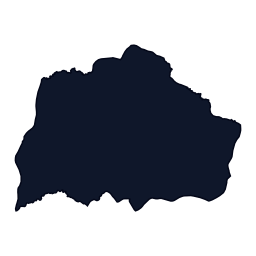 Khongxedone, Saravan, Laos
{"feature_id": "54806243B74103700383879", "entity_name": "Khongxedone", "entity_type": "district", "adm_level": 2, "iso_a3": "LAO", "parent_name": "Laos", "parent_adm1": "Saravan", "projection": "albers", "projection_center": [105.743, 15.558], "detail": "fine", "context": "isolated", "style": "filled", "palette": "ink", "viewbox_px": 256, "rotation_deg": 0, "n_neighbors": 0, "source": "geoboundaries", "source_scale": "gbopen_adm2", "svg_char_len": 5559}
<svg xmlns="http://www.w3.org/2000/svg" viewBox="0 0 256 256"><path d="M164.8,61.1L163.8,58.2L159.8,56.4L156.5,55.6L152.6,52.3L151.0,51.8L147.8,51.2L144.1,49.6L141.2,48.9L139.6,47.7L136.5,45.8L134.0,45.2L131.1,45.5L129.6,47.1L127.1,49.0L125.1,51.6L122.8,55.9L122.3,57.3L120.5,59.7L112.9,57.8L111.9,58.0L101.1,59.0L98.5,59.8L96.0,61.6L94.1,63.9L93.6,64.8L93.3,65.7L93.1,68.2L92.7,70.9L92.4,71.5L92.0,71.8L91.6,72.4L91.0,72.8L90.6,72.8L90.1,72.4L89.8,72.4L89.5,72.7L88.3,72.8L88.0,73.2L87.9,74.1L87.5,74.4L86.8,74.4L86.1,74.0L85.6,74.0L85.2,74.3L84.4,75.1L83.8,75.2L83.5,74.8L83.2,74.2L82.8,74.5L82.5,74.5L82.3,74.4L82.3,74.1L82.8,73.8L82.8,73.6L81.8,72.6L80.8,72.3L80.6,71.8L80.3,71.5L79.4,71.1L78.9,71.1L77.9,71.8L77.2,71.5L76.2,71.6L75.5,71.2L75.2,70.4L74.7,69.7L74.7,68.4L74.3,68.2L73.6,69.0L73.3,69.0L73.3,68.7L73.0,68.6L72.3,69.1L71.6,69.3L71.4,70.1L70.9,70.3L70.7,70.6L71.0,71.1L70.8,71.6L71.0,72.5L70.8,72.9L70.4,73.0L70.0,73.0L68.8,72.6L68.2,72.6L67.7,73.0L67.4,73.0L67.2,72.8L66.9,72.4L66.6,72.1L66.6,71.8L66.3,71.3L65.9,71.4L65.1,70.9L63.8,70.5L62.5,70.7L61.3,71.7L60.5,72.1L59.0,72.1L58.7,72.2L58.1,72.6L57.5,72.6L57.1,71.9L56.9,71.7L56.3,71.9L55.9,72.4L54.9,72.8L54.4,73.2L54.3,73.5L54.8,73.8L54.8,74.2L54.6,74.3L53.4,74.3L52.9,74.5L52.7,75.2L53.1,75.9L52.9,76.2L52.0,76.1L51.6,76.3L50.5,76.1L50.1,76.2L49.9,76.5L49.9,77.0L50.6,77.5L50.3,78.4L48.7,78.4L47.3,79.4L47.1,79.4L47.0,78.2L46.7,78.0L46.0,78.7L45.6,78.8L45.1,78.0L44.4,77.7L44.0,77.7L43.4,78.0L43.2,78.4L42.6,78.7L41.7,79.6L41.4,82.2L40.2,86.1L38.1,92.0L36.6,99.4L36.1,104.9L36.1,106.5L36.6,111.9L36.6,115.0L35.5,119.4L34.6,124.9L33.9,126.3L32.5,128.2L28.8,131.0L27.4,132.3L26.3,133.5L24.2,136.6L24.1,138.4L24.1,139.5L22.5,141.6L22.4,143.1L21.1,145.6L18.4,151.5L15.9,155.8L15.5,157.9L15.4,160.5L15.8,162.5L19.3,169.7L21.2,176.0L21.2,178.6L21.2,181.8L19.8,185.8L18.4,187.7L18.0,189.1L17.9,192.2L18.1,194.7L18.2,199.0L17.0,203.5L16.6,204.5L15.6,208.9L16.0,210.8L16.8,210.7L18.5,209.4L19.3,208.4L19.7,207.6L19.8,206.7L20.0,206.5L21.3,206.3L23.0,206.3L24.4,206.5L25.0,206.3L25.4,205.9L25.7,205.5L25.8,204.5L26.0,204.3L26.7,203.2L27.1,202.9L27.7,202.9L28.3,203.2L28.7,203.2L29.4,202.9L30.5,202.7L31.2,202.2L31.6,202.2L32.3,202.7L32.8,202.6L33.6,202.0L34.0,201.1L34.7,200.7L35.1,200.6L36.3,200.6L36.5,200.3L36.6,199.6L37.6,198.9L38.3,198.9L39.7,200.1L40.2,200.1L40.8,199.8L41.5,198.5L41.2,197.5L41.2,197.1L41.7,195.8L42.0,195.6L42.5,196.0L43.2,196.0L43.7,195.8L44.0,195.4L44.3,194.4L45.0,193.9L45.7,193.6L47.2,193.3L48.2,192.8L48.7,192.8L49.9,193.3L50.5,193.3L51.2,193.0L51.7,193.0L52.2,193.6L54.4,192.8L55.8,192.8L56.5,192.2L57.3,190.8L57.8,190.4L58.3,190.5L59.2,190.9L59.8,191.4L60.1,191.4L60.7,191.2L61.7,190.3L62.2,190.3L62.6,190.1L62.9,190.3L62.8,191.8L63.1,192.2L63.5,192.2L64.4,191.8L64.9,191.4L65.7,191.5L66.0,191.9L65.7,192.6L66.2,193.5L67.8,194.8L67.9,195.2L67.3,196.1L67.3,196.4L67.5,196.5L68.8,196.5L69.6,196.7L70.4,197.3L71.0,197.4L71.6,197.4L72.5,198.1L73.1,198.2L73.5,198.7L74.7,199.2L74.9,199.5L75.3,200.5L75.5,200.6L76.2,200.6L76.5,201.1L77.3,201.5L78.4,201.7L78.9,201.4L80.1,201.3L80.7,201.6L83.3,203.6L83.8,203.8L84.2,203.8L84.7,203.5L85.1,203.6L85.8,204.4L86.5,204.8L87.4,205.8L89.4,202.5L90.3,201.3L92.0,200.3L93.9,199.4L94.7,199.6L96.6,200.5L97.7,200.4L98.6,199.9L99.3,199.2L99.5,198.1L99.4,197.2L99.5,197.0L99.7,196.6L101.2,195.8L101.4,195.4L101.6,194.3L102.1,193.8L103.8,193.0L104.9,191.8L105.8,191.4L106.8,191.3L108.0,191.7L109.9,192.9L111.1,194.1L112.7,196.4L114.5,198.3L117.1,201.9L117.5,201.9L118.6,201.7L122.1,199.4L123.5,198.7L128.1,198.6L129.9,199.2L129.4,200.9L129.7,201.8L134.3,209.6L135.5,210.8L136.9,210.3L138.4,209.6L141.0,207.7L142.3,206.3L143.7,204.4L149.1,199.2L150.7,198.3L152.2,197.9L155.8,198.7L157.8,198.7L159.9,198.3L161.4,198.3L170.8,201.0L172.8,200.9L174.4,200.3L179.2,197.4L182.6,196.1L184.0,195.8L190.8,195.5L193.8,196.0L200.2,197.5L205.2,199.3L208.6,200.9L209.4,200.8L212.1,199.8L216.3,197.6L219.6,195.6L223.4,192.6L225.2,189.2L226.7,182.7L226.7,181.3L227.2,179.1L230.4,176.0L229.1,172.4L228.9,170.8L228.1,168.0L227.7,165.8L227.8,164.5L228.1,163.5L231.1,158.5L231.9,156.7L232.7,150.5L234.7,143.3L236.7,139.6L239.0,136.7L240.1,132.8L240.6,130.4L240.6,128.5L240.4,125.0L238.4,123.5L236.0,122.5L235.3,122.0L234.9,120.9L234.7,120.8L233.6,121.7L233.2,121.8L232.7,120.6L232.5,120.4L231.9,120.2L231.3,119.7L230.7,120.2L230.2,120.3L226.6,119.1L224.1,118.8L222.7,119.0L221.1,117.8L219.0,116.9L216.1,116.8L213.0,115.8L210.7,113.2L210.0,110.5L209.9,108.6L210.4,106.8L209.9,103.6L209.7,103.4L209.5,102.8L208.6,101.9L208.6,101.0L208.7,100.4L208.6,100.0L208.1,99.8L206.9,99.7L205.9,99.2L205.6,99.2L205.2,99.5L204.8,99.4L204.5,99.6L203.7,99.4L203.4,99.2L203.2,99.2L202.7,99.6L202.2,99.6L202.0,98.4L201.4,98.0L201.0,98.0L200.5,97.9L200.2,97.5L200.1,97.2L200.4,96.8L200.3,95.8L200.5,95.4L200.6,94.5L200.8,94.0L200.5,93.7L200.1,93.8L199.5,94.4L199.3,94.4L198.8,93.6L198.6,93.6L198.2,94.1L197.7,93.8L197.2,93.8L197.0,94.0L196.4,93.9L196.0,94.1L195.4,93.0L194.7,93.1L193.6,92.4L192.2,92.4L192.1,91.5L192.2,91.0L191.8,90.8L190.6,90.7L190.2,90.3L190.1,88.8L189.8,88.8L189.6,89.7L188.4,89.3L188.2,89.1L188.1,88.1L187.6,87.9L186.9,88.3L186.8,88.2L187.0,87.5L186.6,87.6L186.3,86.9L180.8,84.7L179.1,84.3L176.1,82.8L173.7,80.8L173.1,79.9L171.6,78.3L170.4,77.6L169.9,77.1L169.7,76.3L169.7,75.4L170.0,74.7L169.8,74.0L170.1,72.8L170.2,71.9L170.9,71.1L170.9,70.4L171.1,70.0L172.0,69.6L172.0,69.2L171.8,68.9L170.3,68.0L169.9,67.6L169.6,64.7L169.3,64.0L168.6,63.6L166.9,63.0L166.4,62.5L166.1,61.8L164.9,61.3L164.8,61.1Z" fill="#0f172a" stroke="#020617" stroke-width="1.5"/></svg>